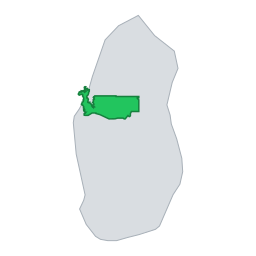 72, Ar Rayyān, Qatar (highlighted)
{"feature_id": "91078587B78903366981324", "entity_name": "72", "entity_type": "district", "adm_level": 2, "iso_a3": "QAT", "parent_name": "Qatar", "parent_adm1": "Ar Rayyān", "projection": "mercator", "projection_center": [50.849, 25.539], "detail": "fine", "context": "in_parent", "style": "filled", "palette": "green", "viewbox_px": 256, "rotation_deg": 0, "n_neighbors": 0, "source": "geoboundaries", "source_scale": "gbopen_adm2", "svg_char_len": 4703}
<svg xmlns="http://www.w3.org/2000/svg" viewBox="0 0 256 256"><path d="M139.0,234.6L127.5,237.5L116.7,240.6L107.6,240.6L100.4,239.3L95.5,236.3L86.2,224.4L79.6,209.0L83.7,200.3L85.1,194.9L76.2,154.1L73.3,122.7L74.3,116.2L79.4,108.8L87.9,92.4L92.4,76.5L105.1,39.9L118.6,25.7L138.3,15.4L154.6,35.6L174.3,51.1L178.0,68.4L172.2,82.5L166.9,104.9L170.1,115.1L171.3,124.0L176.7,138.9L181.8,158.3L182.7,171.7L179.9,184.2L173.1,194.6L159.5,226.0L155.5,229.3L139.0,234.6Z" fill="#d9dde1" stroke="#a8b0b8" stroke-width="1"/><path d="M138.8,96.5L116.0,96.5L116.0,95.9L95.0,95.9L95.0,96.0L94.9,96.0L94.7,96.0L94.4,96.3L94.4,96.8L94.1,96.8L93.9,96.8L94.0,97.0L94.0,97.5L93.5,97.7L93.6,97.8L93.8,97.8L93.9,98.0L94.0,98.2L94.1,98.5L94.3,98.9L94.0,99.0L94.0,99.3L93.8,99.3L93.8,99.5L93.6,99.6L93.5,100.0L93.4,100.0L93.5,100.2L93.5,100.6L93.5,100.9L93.3,100.9L93.3,101.1L93.2,101.3L93.3,101.9L93.2,102.1L93.0,102.3L92.7,102.4L92.8,102.7L92.9,102.8L93.0,102.9L93.1,103.0L93.3,103.1L93.6,103.4L93.7,103.6L93.8,103.9L93.7,103.9L93.7,104.0L93.6,103.9L93.6,104.1L93.5,104.4L93.3,104.6L92.8,105.0L92.7,105.2L92.8,105.8L93.1,106.2L93.6,106.3L94.0,106.6L93.9,106.6L94.0,106.9L94.0,107.1L93.7,107.6L93.5,107.1L92.6,107.2L92.5,106.9L92.3,106.6L92.5,106.5L92.6,106.4L92.2,106.3L92.2,106.2L91.9,106.1L91.8,105.9L91.6,105.8L91.6,105.4L91.7,105.1L91.6,104.6L91.4,104.2L91.1,104.2L90.9,104.1L90.8,103.9L90.6,103.8L90.6,103.7L90.6,103.2L90.1,103.1L89.9,103.1L89.6,103.0L89.4,103.0L89.1,102.9L89.1,102.7L89.0,102.4L89.2,102.2L88.4,102.2L88.3,102.5L87.9,102.4L87.7,102.2L87.8,101.4L88.0,101.0L88.1,100.3L88.3,99.6L88.2,99.5L88.3,99.3L88.1,99.1L88.1,98.9L88.0,98.5L87.9,98.3L87.8,98.2L87.7,98.3L87.3,98.3L87.0,98.1L86.8,97.9L86.8,97.4L86.9,97.0L86.8,96.4L87.0,95.9L87.8,95.2L88.0,95.0L88.0,94.8L88.4,94.1L88.6,93.4L88.5,93.0L88.6,92.8L88.6,92.5L88.7,92.3L89.0,91.9L89.0,91.7L89.2,91.4L89.3,91.1L89.2,90.9L89.1,90.6L89.3,90.5L89.3,90.4L89.2,90.4L89.2,90.2L89.3,89.8L89.3,89.6L88.8,89.5L88.5,89.5L88.4,89.5L88.5,89.9L88.3,89.9L88.0,90.0L88.0,89.9L87.9,89.9L88.0,89.8L87.9,89.8L87.8,89.6L87.7,89.5L87.7,89.4L87.7,89.1L87.5,88.8L87.4,88.6L87.1,88.3L86.9,88.4L86.8,88.5L86.8,88.3L86.7,88.3L86.5,88.5L86.4,88.5L86.2,88.6L85.9,88.6L86.0,88.5L85.9,88.5L85.8,88.3L85.6,88.3L85.4,88.4L85.4,88.2L85.3,87.9L85.0,87.4L85.1,87.1L85.1,86.9L85.3,86.9L85.2,87.0L85.3,87.0L85.3,86.9L85.1,86.9L85.1,86.7L84.9,86.7L84.6,86.9L84.7,87.1L84.6,87.3L84.7,87.5L84.9,87.8L84.5,88.1L84.6,88.3L84.7,88.5L84.9,88.6L85.0,88.9L84.8,88.8L84.9,89.0L84.7,89.2L84.5,89.3L84.2,89.3L83.9,89.4L84.0,89.4L84.1,89.5L84.4,89.6L84.4,89.8L84.5,89.8L84.4,90.1L84.5,90.2L84.9,90.6L85.1,90.7L85.1,90.8L85.3,90.9L85.8,91.2L85.7,91.3L85.9,91.4L85.8,91.5L86.0,91.9L85.9,91.8L85.9,91.7L85.7,91.8L85.6,91.7L85.5,91.4L85.3,91.1L85.2,91.1L85.1,90.9L84.8,90.7L84.5,90.7L84.2,90.8L84.1,90.7L83.7,90.7L83.9,91.0L84.0,91.3L84.4,91.7L84.6,91.9L84.5,92.2L84.3,92.0L84.3,91.9L84.2,91.9L84.1,91.6L83.9,91.6L83.6,91.1L83.2,91.0L82.0,90.9L82.0,91.1L82.0,91.3L81.9,91.3L81.8,91.6L81.6,91.6L81.5,91.9L81.3,92.0L81.2,91.8L81.0,91.7L81.4,91.4L81.3,91.2L81.2,91.2L81.4,91.2L81.2,91.0L81.1,91.3L81.1,91.5L80.9,91.5L80.9,91.4L81.0,91.4L80.9,91.4L80.7,91.5L80.1,91.8L79.8,92.0L79.5,92.0L79.5,91.9L79.3,92.0L79.2,92.1L79.3,92.3L79.2,92.3L79.2,92.5L78.5,93.5L78.5,93.8L78.3,94.1L78.4,94.3L78.7,94.3L78.9,94.6L78.9,94.9L79.6,95.1L80.0,95.5L79.9,95.3L80.0,95.1L80.5,94.6L81.0,94.3L81.7,94.2L82.3,94.3L82.6,94.4L82.6,94.6L82.7,94.8L82.4,95.1L82.7,95.6L82.6,95.8L82.8,95.9L82.8,96.2L82.9,96.3L82.9,96.5L83.1,96.6L83.2,97.0L83.3,97.0L83.6,97.6L83.5,97.9L83.5,98.0L83.7,98.6L83.7,98.8L83.8,99.1L83.3,99.6L83.2,99.8L83.4,99.8L83.5,100.1L83.6,100.6L83.3,101.5L83.1,101.6L82.9,101.9L82.7,102.1L82.4,102.2L82.2,102.2L82.2,102.4L82.1,102.5L82.1,102.4L82.1,102.6L82.1,103.0L81.9,103.3L81.8,103.6L81.7,103.9L81.7,104.0L81.4,104.2L81.6,104.5L81.7,104.8L82.2,104.8L82.6,104.9L82.6,105.2L82.8,105.5L83.3,106.1L83.6,106.7L83.6,106.8L83.8,107.0L83.6,107.4L83.4,107.6L83.4,107.8L83.8,108.0L84.0,108.4L84.0,108.6L84.4,109.1L84.7,109.4L84.6,109.6L84.4,109.8L84.2,109.7L84.1,109.8L84.1,109.7L84.0,109.8L83.9,109.8L83.9,110.0L84.0,110.1L83.9,110.1L83.6,109.9L83.6,110.2L83.6,110.3L83.6,110.2L83.7,110.5L83.9,110.5L84.0,110.8L84.1,111.1L84.4,111.2L84.4,111.4L84.6,111.4L84.6,111.7L85.0,111.8L85.2,112.0L85.1,112.3L85.4,112.5L85.4,112.8L85.3,113.0L85.5,112.9L85.3,113.2L84.9,113.4L84.1,113.8L84.2,115.2L85.1,115.4L88.1,115.4L92.1,113.0L95.9,113.0L95.9,113.5L99.9,114.6L109.0,118.9L115.0,118.8L117.7,118.1L123.1,118.1L124.1,118.9L125.2,118.9L128.0,115.5L129.1,116.6L129.6,116.6L130.4,115.8L130.4,113.6L131.4,111.5L138.8,111.5L138.8,99.8L137.3,98.4L137.3,97.8L138.8,97.8L138.8,96.5Z" fill="#22c55e" stroke="#15803d" stroke-width="1.5"/></svg>